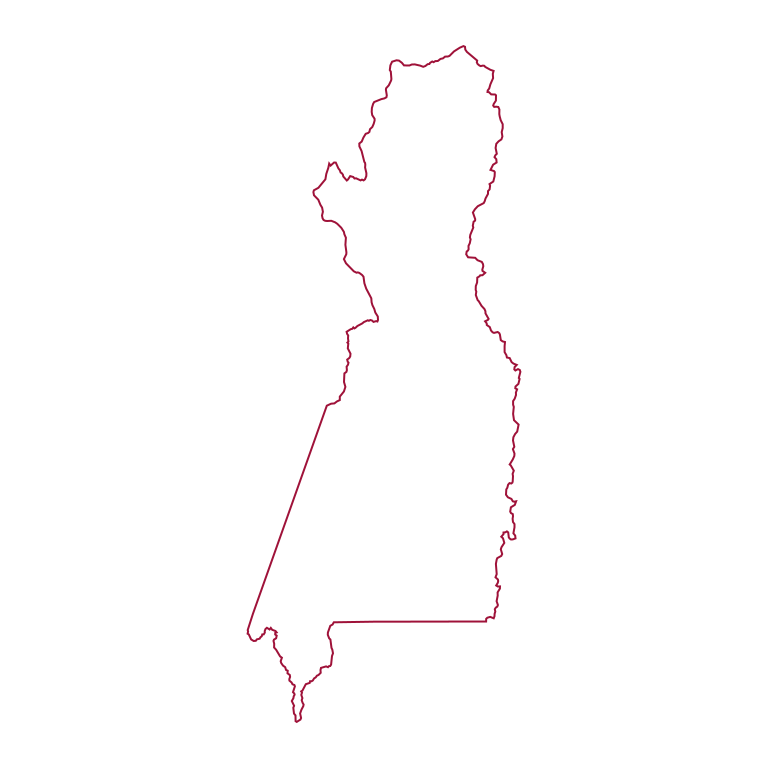 Ji-Paraná, Rondônia, Brazil (Robinson projection)
{"feature_id": "56859067B65069967898221", "entity_name": "Ji-Paraná", "entity_type": "district", "adm_level": 2, "iso_a3": "BRA", "parent_name": "Brazil", "parent_adm1": "Rondônia", "projection": "robinson", "projection_center": [-61.749, -10.449], "detail": "fine", "context": "isolated", "style": "outline", "palette": "rose", "viewbox_px": 768, "rotation_deg": 0, "n_neighbors": 0, "source": "geoboundaries", "source_scale": "gbopen_adm2", "svg_char_len": 6065}
<svg xmlns="http://www.w3.org/2000/svg" viewBox="0 0 768 768"><path d="M477.2,60.6L466.9,51.9L465.3,49.6L465.0,46.8L463.4,46.1L459.8,47.7L454.0,51.4L449.5,55.9L447.9,56.5L445.1,56.6L442.9,58.4L440.5,58.9L437.8,61.0L435.3,61.1L433.6,62.2L432.2,61.5L430.0,62.9L429.4,64.0L427.6,64.2L425.4,66.0L423.2,66.8L420.1,65.6L414.8,64.4L411.8,64.5L409.4,65.5L404.0,65.4L401.9,62.8L399.0,60.6L396.5,60.3L392.1,61.7L390.4,65.3L389.8,70.1L390.8,71.6L391.4,79.0L391.1,80.5L388.8,85.3L386.1,88.3L385.9,89.7L386.8,95.4L386.4,97.3L384.4,98.4L381.4,99.1L374.2,102.0L373.1,103.9L371.9,108.0L371.7,111.9L372.2,115.1L374.6,118.8L374.6,120.6L373.7,123.8L372.3,127.0L370.0,129.2L369.4,131.9L368.1,133.0L365.7,133.8L363.4,137.6L361.7,141.6L359.3,143.5L359.4,146.4L361.6,151.1L364.3,161.8L365.1,163.0L365.3,164.8L365.1,167.5L366.4,173.2L366.3,176.1L365.0,179.3L363.6,180.4L362.0,179.6L360.6,180.4L356.1,178.3L354.5,178.5L353.3,177.0L350.2,176.1L347.9,179.6L346.8,180.5L343.3,176.5L342.9,174.7L341.9,173.3L340.6,172.5L339.8,170.2L338.4,168.4L335.8,162.6L334.1,162.5L330.6,165.6L329.2,163.6L328.3,167.9L326.3,173.9L325.4,179.3L318.4,187.8L313.9,190.3L313.4,192.1L314.0,195.3L318.3,199.7L320.4,204.8L322.1,207.6L322.9,211.8L322.0,215.5L322.6,218.4L323.6,220.0L325.2,220.8L327.1,221.0L331.3,220.8L335.1,222.3L337.3,223.8L341.3,227.8L343.9,231.9L344.4,234.3L345.9,237.7L345.4,244.8L346.4,252.3L346.3,254.2L343.9,259.1L346.0,263.3L353.8,271.3L356.5,272.7L357.8,272.4L359.3,272.9L362.1,275.0L363.5,276.7L364.4,283.3L366.2,288.6L371.3,298.3L371.6,302.3L372.4,305.1L374.3,309.0L375.3,312.5L377.8,316.5L378.0,320.0L377.4,321.5L376.2,321.1L373.5,321.9L372.0,320.5L370.3,320.0L368.9,320.8L367.8,320.3L363.8,322.1L362.3,323.4L357.4,326.0L355.5,327.8L354.4,328.4L353.3,327.4L352.3,328.8L350.7,329.2L346.6,331.8L347.1,333.8L348.2,335.5L348.0,338.3L348.4,341.5L347.4,342.6L348.3,343.6L347.8,348.4L350.5,353.7L350.2,356.5L349.3,358.0L347.2,359.6L347.7,361.7L348.5,362.6L348.0,364.7L346.6,366.7L346.9,370.1L346.4,371.9L344.4,373.4L344.0,382.0L345.4,386.9L343.9,391.5L339.8,396.6L339.8,400.1L337.0,401.4L334.4,403.4L331.1,403.7L326.8,405.7L252.9,613.9L247.7,630.1L248.1,631.4L247.6,633.7L248.8,634.4L251.1,639.4L253.7,641.0L255.8,640.8L256.8,639.4L259.6,638.7L260.5,637.2L261.7,636.3L262.3,634.4L263.7,634.4L264.8,632.6L264.7,631.1L265.5,629.0L266.9,627.8L269.6,629.5L270.8,627.9L272.2,629.8L275.5,631.0L276.6,632.4L275.3,632.8L275.2,634.5L276.7,635.6L276.1,638.3L274.0,639.6L273.5,640.9L274.2,643.8L274.1,647.5L276.1,649.7L280.1,656.4L281.9,657.7L280.7,661.2L281.2,663.0L283.0,665.6L285.2,667.2L286.0,669.9L287.7,670.7L287.5,673.3L289.8,675.0L290.1,676.9L289.3,679.1L289.4,680.6L291.6,682.5L292.5,684.3L294.4,685.0L294.9,686.3L293.0,692.2L294.3,693.5L294.6,694.7L293.7,696.3L293.4,698.2L291.8,701.0L294.1,705.8L293.3,707.7L294.0,713.6L295.5,715.4L295.6,721.2L296.7,721.9L300.4,719.6L301.1,718.0L300.1,713.5L301.4,709.8L303.3,706.1L303.6,704.5L302.6,702.8L301.7,700.2L302.4,698.1L301.3,694.9L302.0,692.6L301.2,691.4L302.5,690.5L305.8,684.2L309.7,682.9L310.1,681.2L311.5,681.3L312.8,680.5L314.1,678.4L315.7,677.4L316.9,675.7L318.5,675.0L320.7,672.8L320.5,670.1L321.0,667.9L326.1,666.4L328.0,667.2L328.9,666.2L330.2,666.0L331.1,664.6L332.0,656.0L333.0,653.3L332.3,649.6L331.5,647.9L330.4,639.5L329.2,638.4L327.8,634.8L327.9,632.5L330.3,625.8L332.6,624.5L333.8,622.3L373.1,621.7L486.1,621.5L486.2,618.8L487.4,617.7L490.2,616.9L493.7,618.3L494.5,616.2L494.6,613.8L495.3,611.6L494.8,609.2L495.8,607.6L497.3,606.6L497.9,605.0L496.6,601.2L497.7,595.6L497.6,592.4L499.9,588.6L500.0,586.4L497.8,586.5L496.2,585.5L497.8,582.8L498.2,581.0L497.9,579.5L495.5,577.3L496.7,574.1L495.9,563.9L496.7,559.5L497.3,558.1L501.3,555.9L502.2,554.0L500.8,549.3L501.5,547.2L504.3,542.9L503.0,538.3L501.3,536.7L503.5,534.2L503.5,532.5L505.4,532.3L506.9,531.4L508.2,532.4L508.8,537.4L509.6,538.5L511.0,539.5L512.8,539.4L515.5,538.4L515.2,535.6L513.4,533.3L514.5,527.3L514.5,524.1L513.0,522.0L512.6,518.8L513.0,516.2L512.8,514.1L511.0,513.1L510.2,511.6L510.9,507.3L514.8,504.9L516.1,501.3L514.2,501.7L512.8,501.3L511.4,498.9L507.9,497.3L506.0,494.7L506.3,489.4L507.3,487.8L508.1,484.7L509.5,483.1L511.3,483.5L512.4,482.6L512.7,481.4L513.0,476.1L512.6,473.9L513.8,470.7L510.7,465.3L509.7,464.5L512.8,459.4L514.3,456.0L514.5,453.6L512.9,449.1L514.3,446.8L513.0,440.4L513.4,437.2L515.1,434.0L517.2,431.6L518.6,424.6L514.0,420.2L513.1,413.9L513.8,406.9L513.1,404.7L513.1,401.1L514.7,398.7L516.0,395.0L515.9,392.5L517.1,389.3L515.3,388.3L515.5,386.5L518.4,383.9L519.6,378.9L518.8,378.0L520.4,371.8L519.8,370.0L518.0,369.1L515.4,370.5L514.3,369.4L514.6,367.1L516.7,364.9L513.5,363.6L511.6,362.1L509.7,358.1L506.9,357.5L506.4,355.2L504.6,352.1L504.6,346.1L505.0,342.0L502.6,341.4L500.8,340.1L499.9,334.5L499.3,333.2L497.7,332.0L494.0,332.9L492.6,332.3L491.0,330.5L489.8,327.1L486.8,325.0L486.7,323.4L485.1,321.3L487.9,319.9L488.6,318.9L485.5,313.4L485.4,311.2L484.5,309.1L481.5,305.8L478.7,301.1L477.7,300.2L475.8,295.0L476.3,291.6L475.7,289.9L475.8,286.1L477.1,282.5L477.3,277.6L479.5,276.3L480.2,275.3L482.5,275.2L485.2,272.8L482.5,270.9L482.3,269.7L483.3,266.2L483.0,264.1L481.8,261.9L477.5,260.2L475.2,257.8L468.1,257.3L466.2,254.3L466.7,251.5L467.9,250.6L468.6,249.3L468.5,245.9L469.8,243.2L470.6,239.3L469.9,237.4L470.3,234.8L473.3,227.5L472.8,225.8L473.6,221.7L475.1,220.6L475.2,219.1L472.9,212.5L474.9,209.3L477.8,206.2L483.7,203.1L484.7,201.2L485.5,198.5L488.0,193.9L488.0,191.1L489.6,189.4L490.1,185.7L489.5,184.1L493.3,181.5L494.6,176.3L494.8,172.1L494.1,171.1L490.5,169.9L493.1,164.7L496.6,162.5L496.3,159.2L494.5,157.1L495.4,155.2L496.8,153.8L495.6,148.0L496.3,143.8L498.6,141.3L501.4,139.4L502.4,136.5L501.7,132.1L502.7,128.1L502.7,124.2L500.7,120.2L499.7,116.4L499.3,114.1L499.4,109.5L498.3,107.0L496.3,106.7L494.2,106.9L493.2,105.6L493.7,104.0L495.9,100.6L496.0,95.3L495.1,94.5L491.2,94.4L489.0,92.2L487.5,92.0L487.7,90.5L489.2,88.5L490.4,84.3L493.1,78.1L492.8,73.8L493.6,70.9L490.4,69.8L485.2,66.9L484.3,65.8L482.9,65.6L480.7,66.1L479.4,65.5L477.6,64.0L476.8,62.3L477.2,60.6Z" fill="none" stroke="#9f1239" stroke-width="2"/></svg>